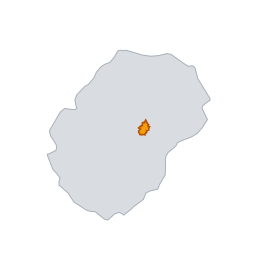 location of Rosoman, Rosoman, North Macedonia, rotated 325°
{"feature_id": "65306769B19811324233496", "entity_name": "Rosoman", "entity_type": "district", "adm_level": 2, "iso_a3": "MKD", "parent_name": "North Macedonia", "parent_adm1": "Rosoman", "projection": "equal_earth", "projection_center": [21.91, 41.5], "detail": "fine", "context": "in_parent", "style": "filled", "palette": "amber", "viewbox_px": 256, "rotation_deg": 325, "n_neighbors": 0, "source": "geoboundaries", "source_scale": "gbopen_adm2", "svg_char_len": 2125}
<svg xmlns="http://www.w3.org/2000/svg" viewBox="0 0 256 256"><g transform="rotate(325 128 128)"><path d="M116.7,69.1L120.5,69.6L129.0,67.3L134.2,64.1L136.9,63.6L140.4,62.4L145.5,62.5L150.7,63.9L157.3,62.1L163.7,59.1L166.3,59.8L169.1,62.4L171.0,63.1L181.7,76.6L187.6,82.1L194.6,86.3L202.5,89.3L205.4,92.2L210.5,106.7L212.9,112.1L216.3,113.8L217.1,115.4L217.3,117.5L213.5,127.6L212.1,150.4L211.2,152.3L207.2,152.2L201.9,152.7L199.9,154.4L197.9,166.7L189.4,170.2L181.7,172.2L175.2,171.8L163.8,168.9L160.0,168.5L156.8,170.2L146.7,171.1L142.2,173.3L131.7,187.7L121.0,192.6L117.4,195.2L109.2,192.0L105.3,191.6L99.7,195.3L87.3,195.7L84.0,196.3L74.5,196.9L74.1,194.9L72.3,192.0L67.9,190.7L58.8,191.8L56.6,189.7L53.0,177.5L50.1,175.5L46.8,171.4L41.4,158.1L41.3,152.3L41.7,147.2L38.7,135.3L40.7,132.3L43.5,130.4L43.6,125.7L42.8,118.4L46.3,104.2L47.2,103.2L48.0,103.8L56.1,105.0L58.2,103.2L59.6,100.4L60.1,90.0L62.0,85.2L81.7,76.1L87.4,75.7L91.8,79.9L95.3,82.6L97.4,82.5L98.2,79.8L100.6,74.6L104.6,71.6L116.5,69.1L116.7,69.1Z" fill="#d9dde1" stroke="#a8b0b8" stroke-width="1"/><path d="M134.1,138.0L134.4,138.5L134.3,139.5L133.9,139.9L133.9,140.3L134.2,140.5L134.5,140.4L135.0,140.9L135.1,141.5L135.7,141.8L135.8,142.2L135.9,141.8L136.3,141.7L137.7,143.1L137.7,142.7L137.9,142.6L138.3,142.4L138.9,142.7L139.7,142.1L140.3,142.5L140.7,142.4L140.8,141.9L141.3,141.5L141.3,141.2L141.6,140.7L142.4,141.4L143.8,141.6L144.6,140.5L145.2,140.2L145.6,139.7L145.8,139.7L145.9,139.2L146.1,139.2L145.4,138.5L146.0,138.4L146.1,138.1L145.9,137.4L146.5,137.2L146.1,136.9L146.7,136.5L146.4,135.0L146.7,134.9L146.6,134.3L146.9,133.5L146.8,132.7L147.1,132.5L147.1,131.5L145.7,132.2L145.3,132.9L144.9,133.1L144.9,132.7L144.3,132.8L143.9,132.7L143.7,132.5L143.7,132.2L143.3,132.3L143.0,131.9L142.7,131.9L142.5,132.7L141.5,133.2L141.5,133.9L141.2,134.3L141.0,134.1L140.2,134.1L140.3,134.0L140.1,133.8L139.8,134.1L139.7,133.8L139.3,133.8L139.0,133.6L138.8,133.9L136.6,133.9L136.6,134.3L137.1,134.5L137.4,135.4L137.2,135.7L137.5,136.0L135.9,136.5L135.3,136.3L134.8,136.6L134.5,137.6L134.1,138.0Z" fill="#f59e0b" stroke="#b45309" stroke-width="1.5"/></g></svg>